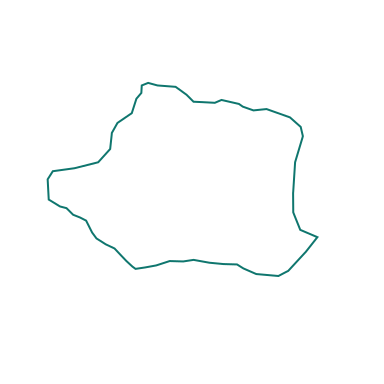 Lekie, Centre, Cameroon (Mercator projection), rotated 59°
{"feature_id": "32672807B3101876589222", "entity_name": "Lekie", "entity_type": "district", "adm_level": 2, "iso_a3": "CMR", "parent_name": "Cameroon", "parent_adm1": "Centre", "projection": "mercator", "projection_center": [11.41, 4.138], "detail": "fine", "context": "isolated", "style": "outline", "palette": "teal", "viewbox_px": 384, "rotation_deg": 59, "n_neighbors": 0, "source": "geoboundaries", "source_scale": "gbopen_adm2", "svg_char_len": 930}
<svg xmlns="http://www.w3.org/2000/svg" viewBox="0 0 384 384"><g transform="rotate(59 192 192)"><path d="M295.3,107.8L280.2,118.7L264.6,116.2L261.6,115.7L245.0,105.9L243.9,105.1L219.6,88.3L202.4,69.4L201.2,68.2L192.2,65.3L178.5,69.6L159.3,85.4L153.7,97.3L145.0,104.5L140.7,106.4L128.3,119.3L127.3,126.5L120.2,137.0L115.4,144.2L105.8,146.6L93.4,151.9L82.9,166.7L75.9,173.4L74.8,180.2L81.0,184.4L83.4,191.6L93.4,203.0L94.4,220.3L100.1,230.3L101.5,231.3L113.0,240.0L118.2,257.1L111.1,280.5L102.5,300.6L106.8,309.2L124.7,318.7L136.4,312.6L141.2,307.9L150.3,305.6L156.2,301.1L162.0,297.5L175.3,298.5L182.6,297.8L192.4,292.9L200.5,287.5L210.6,285.3L217.3,283.8L225.2,281.5L228.8,280.0L232.5,271.1L236.5,260.5L239.7,246.7L247.0,235.3L251.0,225.6L261.6,213.5L270.0,202.1L277.3,190.7L284.0,187.3L295.4,179.2L308.5,161.2L309.0,152.5L309.2,150.2L302.4,127.0L302.0,125.5L295.3,107.8Z" fill="none" stroke="#0f766e" stroke-width="2"/></g></svg>